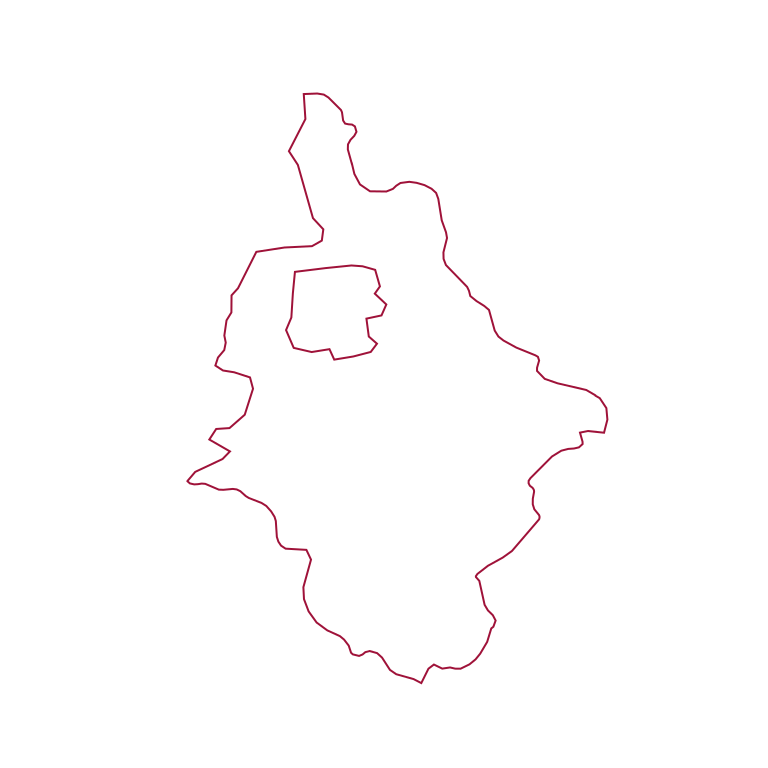 outline of Szabolcs-Szatmár-Bereg, rotated 78°
{"feature_id": "HUN-3169", "entity_name": "Szabolcs-Szatmár-Bereg", "entity_type": "County", "adm_level": 1, "iso_a3": "HUN", "parent_name": "Hungary", "parent_adm1": "", "projection": "albers", "projection_center": [22.06, 48.0], "detail": "fine", "context": "isolated", "style": "outline", "palette": "rose", "viewbox_px": 768, "rotation_deg": 78, "n_neighbors": 0, "source": "natural_earth", "source_scale": "10m", "svg_char_len": 2634}
<svg xmlns="http://www.w3.org/2000/svg" viewBox="0 0 768 768"><g transform="rotate(78 384 384)"><path d="M684.3,409.7L678.8,416.4L670.4,432.4L664.9,437.6L651.2,442.8L645.8,446.7L642.2,453.6L642.4,458.0L644.1,461.2L644.8,464.9L642.0,470.7L640.0,472.1L632.6,472.9L625.7,476.2L621.5,479.5L613.2,490.7L603.3,499.5L590.8,505.0L577.8,507.0L566.0,505.1L540.6,491.9L530.1,494.4L524.6,514.5L520.7,518.3L516.2,520.1L511.3,520.6L495.5,518.3L491.1,518.7L485.1,520.9L478.8,524.5L474.9,528.5L467.4,539.9L464.8,542.6L459.0,546.8L456.5,550.0L455.2,553.7L454.1,563.1L453.0,567.5L444.5,579.6L443.5,583.0L443.3,586.8L442.8,590.1L442.7,590.6L440.9,594.5L438.2,596.5L438.0,596.4L430.7,586.9L423.8,557.5L417.9,548.7L402.0,566.4L393.1,557.5L395.0,544.3L385.1,526.6L361.4,513.1L349.7,513.7L341.4,528.1L337.3,538.7L330.9,545.1L323.6,540.9L317.6,533.2L310.6,530.2L303.4,530.1L289.0,524.8L282.3,518.4L265.6,514.7L260.0,506.9L228.2,481.4L229.8,452.9L234.2,425.8L230.8,415.0L220.1,411.2L207.0,419.0L151.8,422.7L136.5,428.6L108.5,405.8L83.7,402.2L86.0,388.9L88.4,382.7L92.2,378.8L107.1,369.1L109.5,368.6L117.8,369.2L121.2,367.9L122.6,364.7L123.6,361.3L126.0,358.9L131.6,358.5L135.1,361.5L138.1,365.9L142.1,369.4L147.0,370.6L163.2,369.6L160.7,369.6L172.4,369.3L183.8,366.0L192.6,357.6L196.2,341.7L195.0,334.7L192.6,330.8L190.8,326.1L191.5,317.2L194.0,310.3L197.9,303.0L202.9,296.9L207.9,293.3L214.2,292.4L235.9,293.5L248.5,291.8L254.3,292.0L267.6,298.5L274.0,299.7L280.5,298.7L306.3,282.5L310.5,281.5L315.9,281.3L322.2,276.2L328.4,269.8L333.4,265.9L354.8,264.6L361.4,262.2L366.3,258.1L375.9,247.0L387.4,230.0L389.4,227.8L393.3,227.4L399.9,230.9L403.0,231.6L412.4,225.7L419.4,214.1L431.9,187.4L439.0,179.6L439.4,179.6L442.7,175.9L453.8,171.5L465.3,172.9L477.4,178.9L472.4,194.3L472.3,202.4L481.7,201.8L484.0,202.2L486.5,206.5L486.6,211.5L485.8,217.3L486.1,224.4L489.8,234.7L506.5,260.3L508.7,262.6L511.1,263.2L513.8,262.5L516.4,260.3L517.8,259.7L519.1,259.4L520.6,259.6L527.2,262.3L532.6,263.5L537.8,263.0L544.4,259.6L545.8,259.4L547.2,259.7L548.6,260.4L573.9,293.5L578.5,304.0L583.4,320.1L589.2,332.1L591.1,334.1L592.0,334.2L596.4,331.7L620.9,331.5L627.1,329.4L632.8,325.6L638.6,324.0L644.2,327.5L645.4,329.9L657.7,336.7L667.8,346.0L672.4,351.7L676.0,358.7L678.4,368.3L677.2,373.6L675.0,378.3L674.5,386.2L668.8,393.5L671.7,399.7L684.3,409.7ZM334.4,389.0L316.4,387.6L316.4,372.2L306.7,365.2L293.7,374.2L287.7,367.7L270.5,368.9L264.4,380.5L261.3,391.2L258.5,416.9L255.8,447.8L276.4,454.3L299.7,460.8L310.9,468.6L329.9,464.8L337.7,448.1L338.6,430.1L349.8,427.6L350.7,408.3L349.9,390.3L343.1,382.5L334.4,389.0Z" fill="none" stroke="#9f1239" stroke-width="2"/></g></svg>